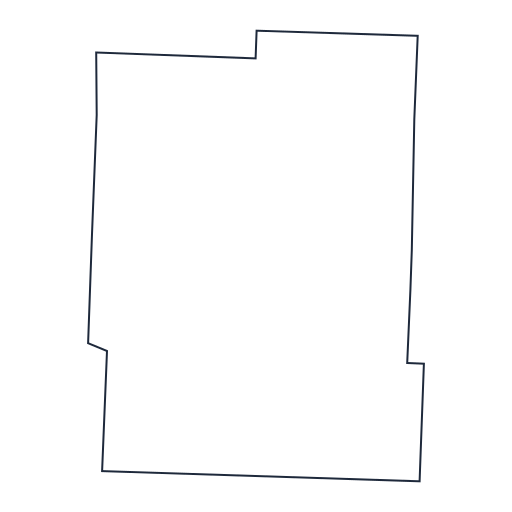 Benton, Missouri, United States of America
{"feature_id": "52423323B53936333340658", "entity_name": "Benton", "entity_type": "district", "adm_level": 2, "iso_a3": "USA", "parent_name": "United States of America", "parent_adm1": "Missouri", "projection": "equal_earth", "projection_center": [-93.279, 38.299], "detail": "fine", "context": "isolated", "style": "outline", "palette": "slate", "viewbox_px": 512, "rotation_deg": 0, "n_neighbors": 0, "source": "geoboundaries", "source_scale": "gbopen_adm2", "svg_char_len": 322}
<svg xmlns="http://www.w3.org/2000/svg" viewBox="0 0 512 512"><path d="M88.1,343.2L107.0,351.0L102.1,471.1L419.6,481.3L420.1,467.3L423.9,363.7L407.2,363.0L410.4,289.9L411.8,250.2L414.3,119.3L417.7,35.8L256.6,30.7L255.6,58.4L96.2,52.5L96.7,115.0L92.0,234.0L88.1,343.2Z" fill="none" stroke="#1e293b" stroke-width="2"/></svg>